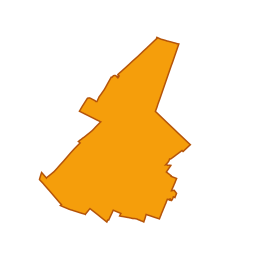 the district of Insuratei, Braila, Romania, rotated 19°
{"feature_id": "2599482B22032457967395", "entity_name": "Insuratei", "entity_type": "district", "adm_level": 2, "iso_a3": "ROU", "parent_name": "Romania", "parent_adm1": "Braila", "projection": "orthographic", "projection_center": [27.625, 44.95], "detail": "fine", "context": "isolated", "style": "filled", "palette": "amber", "viewbox_px": 256, "rotation_deg": 19, "n_neighbors": 0, "source": "geoboundaries", "source_scale": "gbopen_adm2", "svg_char_len": 5014}
<svg xmlns="http://www.w3.org/2000/svg" viewBox="0 0 256 256"><g transform="rotate(19 128 128)"><path d="M156.8,212.7L157.6,212.5L158.5,212.4L158.8,212.4L159.0,212.3L159.4,212.3L159.8,212.2L160.0,212.2L160.4,212.2L160.7,212.2L160.9,212.2L161.1,212.1L161.4,212.1L161.8,212.1L162.2,212.0L162.3,211.9L162.5,211.9L162.8,211.8L163.0,211.7L163.4,211.5L163.8,211.5L164.3,211.4L164.7,211.3L165.0,211.3L165.2,211.2L165.5,211.2L165.8,211.2L166.3,211.1L166.5,211.2L167.0,211.3L167.5,211.3L167.9,211.4L168.1,211.3L168.4,211.3L169.5,211.4L169.9,211.4L170.0,211.5L170.4,211.5L170.5,211.5L171.0,211.5L171.9,211.5L172.5,211.6L173.0,211.6L173.5,211.7L173.5,208.0L173.3,203.8L174.2,203.8L175.5,203.9L176.3,203.8L177.5,203.8L182.1,203.8L187.3,203.7L187.4,200.8L187.5,200.1L187.5,197.8L187.7,195.6L187.8,193.0L187.8,192.9L188.0,190.4L188.1,187.9L188.2,187.4L188.3,186.3L188.2,185.7L188.4,182.6L189.1,182.7L189.5,182.4L190.3,181.8L190.2,182.1L190.4,182.1L190.4,182.6L190.7,182.7L191.1,181.9L191.6,181.9L191.7,182.4L192.1,182.5L192.3,181.7L192.8,181.5L192.6,182.3L192.5,182.9L192.8,182.3L192.9,182.1L192.9,181.9L193.0,181.6L193.1,181.4L193.1,181.1L193.2,180.9L193.2,180.7L193.3,180.3L193.3,180.2L193.3,179.9L193.3,179.7L193.3,179.2L193.3,178.9L193.3,178.7L193.3,178.3L193.5,178.3L193.9,178.3L194.2,178.4L194.6,178.4L195.0,178.5L195.0,177.6L195.1,176.4L195.1,176.1L195.2,174.0L195.1,173.9L194.5,173.6L194.1,173.3L193.6,172.9L193.1,172.7L192.8,172.4L192.2,172.1L192.1,171.9L191.9,171.9L191.7,171.9L191.4,172.1L191.1,172.3L190.4,172.7L189.9,173.0L189.5,173.2L189.5,172.9L189.7,170.4L189.8,169.1L189.9,168.4L189.9,167.8L190.0,166.2L190.1,165.4L190.2,164.3L190.2,163.3L190.2,163.1L190.4,159.9L184.6,159.7L184.7,159.3L184.6,159.2L183.1,158.7L181.8,158.2L180.0,157.6L178.6,157.1L179.5,153.7L180.6,149.9L180.7,149.4L179.9,149.5L179.1,149.8L178.6,150.0L178.2,150.2L177.9,150.3L177.6,150.4L177.3,150.2L177.0,150.2L176.6,150.2L176.4,150.2L176.1,150.3L175.8,150.4L175.6,150.5L176.9,147.5L177.4,145.7L177.4,143.7L177.7,143.6L178.0,143.5L178.3,143.5L178.5,143.3L181.5,139.0L182.4,137.6L184.4,134.7L186.0,132.3L186.2,132.0L186.4,131.7L187.0,132.0L187.5,132.2L187.7,132.3L188.0,131.8L188.7,130.4L189.3,129.3L191.5,125.1L192.4,123.5L190.1,122.5L182.5,119.0L175.8,116.0L173.1,114.7L162.3,109.8L160.2,108.8L148.5,103.4L148.5,103.1L148.6,99.2L148.5,95.5L148.6,90.0L148.6,85.0L148.6,80.0L148.6,79.9L148.6,69.9L148.6,67.4L148.6,62.3L148.6,57.3L148.6,54.9L148.7,51.4L148.7,49.8L148.7,48.0L148.7,47.0L148.7,44.2L148.7,42.8L148.7,35.5L148.7,32.4L148.7,32.0L147.4,32.2L146.5,32.3L146.4,32.4L146.0,32.3L145.3,32.3L144.3,32.4L143.1,32.5L141.1,32.6L139.7,32.7L138.6,32.8L137.1,32.9L136.9,33.0L136.7,33.1L136.2,33.0L135.8,33.0L134.8,33.0L133.0,33.1L131.5,33.2L131.4,33.2L130.6,33.3L130.4,33.3L130.0,33.3L128.0,33.1L127.0,33.0L125.8,32.9L125.8,34.0L126.1,34.1L124.8,36.4L120.1,45.4L120.1,45.5L117.6,50.1L115.3,54.6L114.2,56.8L113.0,58.9L110.5,63.3L108.2,67.7L105.8,72.1L104.6,74.2L103.3,76.6L102.3,78.3L101.0,80.7L102.7,81.7L102.7,81.8L101.1,82.6L102.4,83.2L102.1,83.9L101.5,83.6L100.6,83.2L100.2,82.9L99.4,82.5L99.0,82.5L98.6,82.6L97.8,82.9L97.7,83.0L97.3,83.3L97.0,83.7L96.6,84.7L96.5,85.0L96.4,85.2L96.3,85.3L95.8,85.4L95.6,85.4L94.4,91.9L93.5,97.2L93.0,99.7L93.0,99.8L92.9,100.1L92.8,100.4L92.7,100.7L92.3,102.2L92.2,102.4L91.6,104.6L91.0,106.5L90.5,108.1L90.5,108.4L90.5,108.6L90.4,109.4L90.2,111.3L90.2,111.5L90.0,113.1L89.3,113.3L89.0,113.4L88.8,113.4L88.6,113.3L88.0,112.9L86.8,112.7L86.7,112.7L85.3,112.5L84.6,112.4L83.5,112.2L82.7,112.1L82.3,112.1L82.2,112.1L81.9,112.1L81.4,112.3L80.8,112.6L80.7,112.6L80.2,112.9L80.2,113.0L79.9,113.3L79.5,114.9L79.5,115.0L79.1,116.6L78.6,118.7L78.4,119.5L78.4,119.8L77.9,121.5L77.6,123.0L77.0,125.9L77.0,126.2L76.7,127.7L76.6,127.8L76.6,128.0L85.2,129.1L85.3,129.1L90.4,129.8L90.5,129.8L92.1,130.0L96.2,130.6L96.5,130.6L99.1,130.9L99.3,131.0L100.2,131.1L100.0,131.4L98.9,133.8L98.0,135.6L97.9,135.8L97.8,136.1L97.7,136.3L97.6,136.5L97.0,137.7L96.8,138.2L95.6,140.9L94.9,142.3L94.4,143.1L93.4,144.8L92.9,145.6L92.4,146.4L91.9,147.1L91.0,148.6L90.0,150.2L89.5,151.0L88.9,151.7L88.2,152.7L87.6,153.8L86.9,154.7L86.5,155.2L85.7,156.6L85.5,156.9L85.8,157.0L87.6,157.7L86.6,159.8L84.1,165.0L81.8,170.3L77.8,180.4L75.9,184.7L74.0,189.4L73.1,191.5L72.0,193.9L71.9,193.9L70.6,196.1L67.1,201.7L67.1,201.8L65.5,200.9L61.7,198.7L60.8,198.2L60.8,199.9L61.0,205.0L61.1,205.6L62.8,206.5L65.9,208.1L66.7,208.6L66.8,208.7L70.3,210.7L72.9,212.2L73.0,212.2L82.0,217.5L83.9,218.6L86.9,220.4L90.0,222.1L89.3,223.3L92.5,223.6L97.5,223.9L98.2,224.0L99.2,224.0L100.5,224.0L100.9,224.0L101.5,223.9L103.2,223.9L103.4,223.9L107.8,223.8L108.6,223.8L112.3,223.7L115.5,223.5L115.8,223.6L115.9,223.0L116.5,221.4L117.3,219.2L117.7,218.0L118.3,216.6L128.4,220.1L131.6,221.3L133.9,222.1L138.6,223.8L138.8,221.8L138.8,221.7L139.0,221.4L139.7,221.3L140.2,216.4L140.5,213.7L140.8,210.5L143.4,210.7L149.1,211.1L148.7,213.9L150.4,213.7L151.9,213.4L152.5,213.3L153.9,213.1L155.2,212.9L156.8,212.7Z" fill="#f59e0b" stroke="#b45309" stroke-width="1.5"/></g></svg>